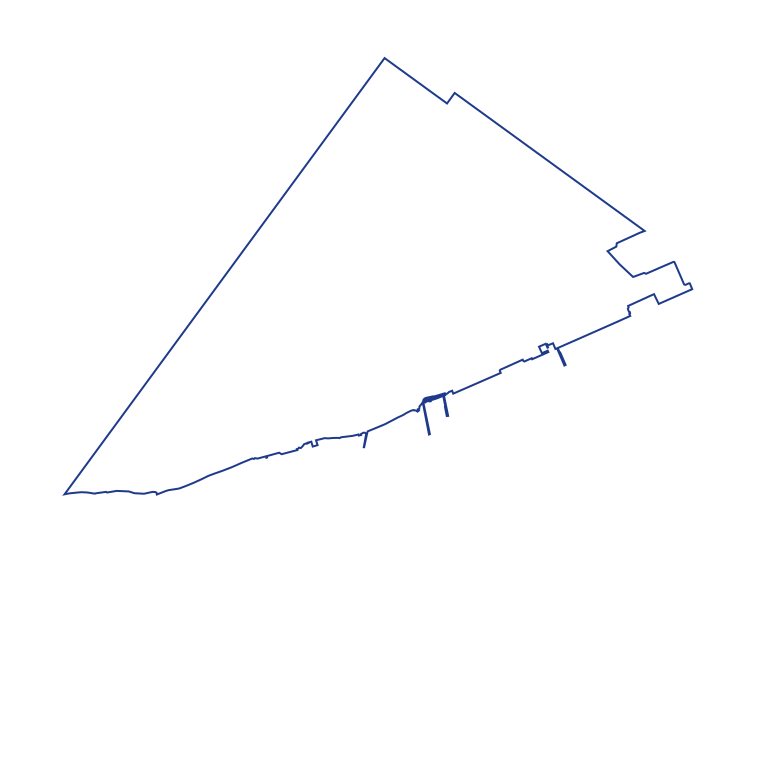 93, Al Wakrah, Qatar (Mercator projection), rotated 36°
{"feature_id": "91078587B9146513397895", "entity_name": "93", "entity_type": "district", "adm_level": 2, "iso_a3": "QAT", "parent_name": "Qatar", "parent_adm1": "Al Wakrah", "projection": "mercator", "projection_center": [51.563, 24.915], "detail": "fine", "context": "isolated", "style": "outline", "palette": "blue", "viewbox_px": 768, "rotation_deg": 36, "n_neighbors": 0, "source": "geoboundaries", "source_scale": "gbopen_adm2", "svg_char_len": 2493}
<svg xmlns="http://www.w3.org/2000/svg" viewBox="0 0 768 768"><g transform="rotate(36 384 384)"><path d="M190.4,661.0L192.6,658.6L194.2,657.0L196.0,655.4L199.9,651.9L202.8,649.4L207.2,646.5L209.2,645.4L213.9,643.0L214.9,642.3L215.2,641.7L222.6,634.6L223.7,634.6L230.6,627.6L240.7,620.9L246.2,619.1L254.4,613.8L260.1,607.4L262.2,606.0L263.8,605.6L265.2,606.9L270.3,598.9L272.3,596.3L276.9,591.8L279.9,588.7L283.9,582.6L287.8,576.3L292.4,568.2L296.0,561.4L299.4,556.3L303.9,549.8L309.5,541.2L315.1,531.6L321.2,521.7L322.8,521.1L323.2,519.8L325.5,518.7L331.0,511.9L332.2,512.8L332.6,512.2L331.6,511.2L339.6,501.2L342.4,501.0L352.7,488.4L351.8,487.8L352.6,486.7L352.6,485.5L354.3,484.8L354.7,482.5L354.8,479.6L356.5,477.0L356.9,477.3L357.6,476.1L357.2,475.8L359.1,473.4L363.1,476.5L366.2,472.5L362.1,469.5L367.8,462.7L370.8,460.8L375.0,457.2L378.5,454.6L379.9,453.9L380.5,452.4L389.1,444.4L390.9,442.3L393.0,439.9L393.9,440.5L395.4,438.8L394.7,438.2L395.9,435.6L397.3,434.6L398.8,434.6L404.8,447.0L405.1,446.8L399.0,433.0L398.7,431.8L408.3,416.2L414.8,403.1L417.6,398.1L419.4,393.8L421.7,389.5L423.3,387.6L423.7,387.7L425.3,386.7L427.4,386.6L427.8,385.1L426.6,385.1L426.2,384.6L427.1,383.4L425.9,381.2L426.2,377.3L426.0,376.6L426.3,376.2L450.1,398.4L450.6,397.6L425.9,375.1L425.2,373.5L425.3,372.4L425.7,371.2L426.8,369.8L431.0,365.1L432.0,364.5L438.7,355.7L439.4,355.9L439.6,356.9L433.6,365.2L427.8,371.7L427.0,372.8L427.6,374.4L428.2,374.6L428.6,373.3L430.1,371.3L430.5,371.1L430.9,371.4L431.9,370.5L431.6,370.2L431.6,369.6L432.4,368.4L435.2,364.6L437.7,360.6L438.9,358.8L447.1,366.4L446.8,366.7L453.6,373.0L454.6,372.1L439.3,358.1L440.2,356.8L440.0,355.7L440.9,354.4L441.3,352.2L443.1,349.4L445.7,351.1L471.9,306.4L469.8,305.2L469.7,304.1L481.9,282.8L483.0,283.4L484.3,283.3L488.4,276.3L489.3,276.9L498.2,261.6L496.8,260.8L493.7,266.3L487.5,262.7L491.2,256.4L494.9,258.5L495.2,258.0L492.5,256.5L492.8,255.9L493.4,256.3L494.2,255.9L496.8,251.7L502.1,254.9L503.0,253.4L519.1,263.0L519.7,261.8L508.3,255.1L508.1,255.6L503.4,252.8L537.5,194.2L543.2,184.2L541.3,183.2L541.6,182.2L540.6,181.3L539.8,181.6L537.1,179.9L536.9,178.3L535.6,177.4L549.6,152.6L559.2,157.7L577.6,126.1L572.2,122.8L571.5,123.3L569.7,126.5L568.9,126.9L568.2,127.0L547.4,114.7L546.9,114.7L546.3,115.2L539.3,127.0L531.2,140.8L529.2,141.2L522.6,151.0L504.2,148.7L486.8,145.1L491.2,136.3L489.6,133.3L501.8,111.7L504.9,107.0L270.1,107.0L270.1,120.0L192.9,120.0L190.4,661.0Z" fill="none" stroke="#1e3a8a" stroke-width="2"/></g></svg>